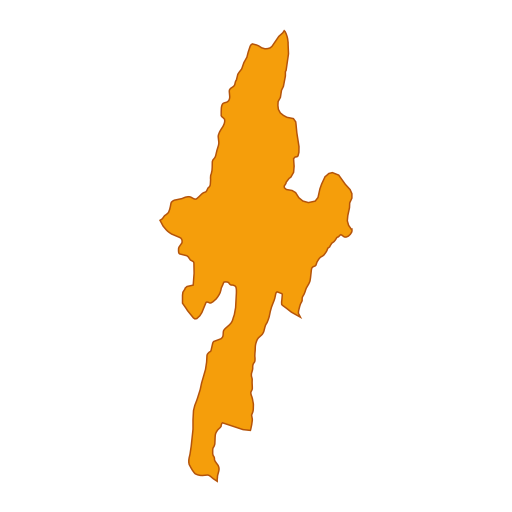 outline of Colomba, Retalhuleu, Guatemala
{"feature_id": "79465075B28232035709765", "entity_name": "Colomba", "entity_type": "district", "adm_level": 2, "iso_a3": "GTM", "parent_name": "Guatemala", "parent_adm1": "Retalhuleu", "projection": "equal_earth", "projection_center": [-91.758, 14.698], "detail": "fine", "context": "isolated", "style": "filled", "palette": "amber", "viewbox_px": 512, "rotation_deg": 0, "n_neighbors": 0, "source": "geoboundaries", "source_scale": "gbopen_adm2", "svg_char_len": 6082}
<svg xmlns="http://www.w3.org/2000/svg" viewBox="0 0 512 512"><path d="M190.4,260.0L192.6,261.2L193.4,261.7L193.9,262.8L194.1,273.3L193.2,285.1L187.0,286.5L185.1,288.2L184.9,289.1L182.9,292.2L182.5,295.2L182.5,303.2L186.3,308.7L187.5,310.6L193.4,317.9L194.9,318.9L196.8,318.6L199.8,315.8L201.9,312.5L206.0,302.5L206.9,302.0L208.3,302.3L209.8,303.0L210.8,303.0L212.9,301.8L216.1,299.0L217.7,296.9L219.1,294.7L220.1,292.7L220.9,290.0L221.3,288.0L222.8,284.7L223.4,283.1L224.0,282.1L225.2,281.9L226.3,281.9L227.9,282.2L228.8,282.8L229.2,283.5L230.0,284.4L231.0,285.0L232.9,285.1L234.8,285.8L235.7,286.7L236.1,287.7L236.4,289.9L236.4,292.9L235.6,307.7L234.3,314.8L233.3,317.7L232.4,320.7L231.3,322.7L229.6,324.7L225.7,328.1L224.6,329.2L223.6,330.6L223.3,331.9L223.1,335.3L222.8,336.5L222.2,337.6L220.9,338.8L213.7,341.5L213.1,342.3L212.7,343.2L211.0,350.7L210.4,351.5L209.3,352.1L208.3,353.1L207.4,354.2L207.0,355.3L206.6,362.2L205.5,369.5L201.6,383.0L200.2,389.6L197.5,398.2L196.7,400.5L194.8,405.4L193.5,410.6L193.0,419.8L193.0,429.3L191.2,446.2L190.0,454.2L189.1,458.0L188.8,460.1L188.8,462.4L189.2,464.5L190.9,467.7L192.5,470.4L194.2,472.7L195.1,473.7L196.1,474.2L197.9,474.9L200.1,475.4L202.3,475.5L207.6,475.0L209.0,475.4L210.4,476.3L213.4,478.8L217.2,481.3L217.2,479.0L217.4,478.0L217.5,475.9L217.7,475.1L218.4,472.5L218.8,470.9L219.0,469.7L219.0,468.2L218.7,466.9L218.1,465.4L217.3,464.3L216.2,462.8L215.1,461.2L214.5,459.8L214.4,458.0L214.1,457.0L213.1,455.4L212.9,454.6L212.7,453.6L212.7,452.1L212.7,449.9L212.9,448.3L213.7,446.9L214.1,446.2L214.4,445.4L214.8,444.0L215.0,440.4L215.1,437.4L215.3,434.9L215.7,433.4L216.3,432.1L216.8,431.3L217.8,429.8L220.1,427.6L221.0,426.5L221.3,424.8L221.8,423.5L222.5,422.8L243.0,429.6L250.4,430.4L250.8,429.0L251.7,424.7L252.3,420.3L252.3,419.2L252.2,418.4L252.0,417.5L251.6,415.2L251.9,414.2L252.7,412.3L253.1,410.8L253.3,408.9L253.4,404.5L253.3,403.5L252.8,401.0L252.5,399.1L252.3,398.3L251.9,396.9L251.3,395.3L250.9,393.8L250.8,392.4L251.2,391.4L252.0,389.8L252.3,388.8L252.3,387.0L252.1,382.8L252.2,379.2L252.0,378.2L251.4,376.0L251.4,374.7L251.4,373.8L252.5,369.9L252.7,368.6L252.7,366.5L252.8,365.6L253.0,364.5L253.8,363.0L254.6,361.9L254.9,360.9L255.0,359.9L255.0,358.1L254.9,357.2L254.8,355.9L254.9,353.5L255.2,350.1L255.3,346.7L255.4,345.7L255.6,344.5L255.9,343.2L256.4,341.7L256.8,340.6L257.3,339.5L257.8,338.7L258.5,337.8L261.7,334.9L262.4,334.1L263.0,333.1L263.5,332.2L263.9,331.1L265.0,326.8L265.7,324.8L266.4,323.7L267.1,322.5L268.3,319.5L269.2,316.7L270.3,311.4L271.0,308.9L271.5,307.1L272.6,304.2L274.1,300.4L274.8,298.2L275.9,293.1L277.1,291.8L281.5,293.5L282.1,293.9L282.3,294.7L281.8,300.3L281.6,301.8L281.6,302.9L281.7,304.4L282.3,305.2L286.5,308.3L291.3,312.1L300.4,317.2L298.5,313.5L298.4,312.2L298.7,310.3L299.8,306.0L300.3,304.5L300.7,303.5L301.7,301.7L302.1,300.7L302.2,298.1L302.4,297.1L303.3,295.5L304.0,294.3L304.4,293.4L305.0,291.9L305.7,289.7L306.3,288.1L307.0,286.9L308.8,283.8L309.7,281.8L310.0,280.9L310.5,277.9L311.4,269.8L311.6,268.8L311.8,268.1L312.7,267.0L314.4,266.2L315.2,265.9L315.9,265.2L317.0,262.0L318.4,259.7L319.4,258.3L320.3,257.4L321.0,256.9L322.1,256.3L323.2,255.6L324.0,254.9L325.4,253.0L325.9,252.3L326.8,250.8L327.4,249.3L327.8,248.2L328.7,247.6L329.7,246.8L330.2,245.7L331.6,243.5L332.3,242.8L333.5,242.0L334.1,241.5L335.4,239.9L336.8,237.6L337.7,237.0L338.4,236.9L340.0,235.2L340.8,234.7L341.6,235.0L343.9,236.7L345.0,237.1L346.4,237.0L347.5,236.5L348.4,236.1L350.3,234.3L350.9,233.4L351.8,231.9L352.0,230.5L351.9,229.0L351.2,229.1L348.6,225.3L347.3,220.8L347.8,215.6L349.5,207.7L349.7,202.9L351.9,198.1L351.9,193.7L350.1,189.6L345.3,184.3L338.7,175.1L332.4,172.6L328.8,173.5L326.2,175.8L325.1,176.6L321.6,184.1L319.9,188.9L318.0,197.5L315.2,201.1L308.4,202.6L302.8,201.0L298.8,197.7L295.6,192.6L292.1,190.5L286.4,189.5L284.4,187.8L284.2,186.1L285.9,183.5L286.1,182.3L289.1,178.4L290.9,177.1L293.6,172.3L294.1,166.3L293.8,162.0L293.6,158.6L295.3,156.9L296.9,156.8L298.0,155.9L298.9,152.3L299.0,146.7L296.8,132.6L296.0,124.1L295.7,121.8L293.4,118.6L286.9,117.3L283.4,115.4L280.3,112.9L278.4,109.4L277.9,105.5L278.1,101.6L280.4,97.4L281.5,90.3L283.4,86.4L285.4,76.0L285.4,71.7L286.1,70.4L288.5,53.8L288.1,44.4L288.1,42.5L287.6,38.7L287.1,36.6L286.2,33.9L285.1,31.6L284.2,30.7L282.8,32.8L278.8,36.4L271.9,46.5L269.9,48.0L267.6,48.6L265.0,48.8L261.7,47.8L258.7,45.9L256.6,45.0L252.4,43.9L251.2,44.6L250.2,46.1L248.2,52.1L246.9,57.2L243.9,62.6L241.7,68.9L239.1,72.3L237.8,74.3L237.2,76.8L236.3,80.3L235.7,81.0L235.4,81.9L234.8,84.4L234.4,85.3L233.9,86.0L233.1,86.7L231.8,87.6L230.7,88.3L230.0,89.1L229.5,89.9L229.3,90.8L229.3,91.7L229.7,96.3L229.7,97.6L229.5,98.7L229.2,99.7L228.6,100.7L227.8,101.5L226.7,102.2L224.5,102.8L223.5,103.2L222.9,103.6L222.3,104.4L221.9,105.4L221.6,106.4L221.4,107.5L221.3,108.9L221.2,111.8L221.2,114.6L221.2,115.7L221.8,116.6L222.4,117.2L223.4,118.0L224.5,119.2L224.7,120.5L224.7,121.4L224.5,122.6L224.1,124.0L223.0,126.4L221.1,129.3L219.6,131.9L218.6,134.4L218.3,135.5L218.2,136.6L218.5,139.5L218.8,141.9L218.8,143.4L218.6,144.7L218.4,145.6L216.9,150.5L215.7,155.6L215.0,157.4L214.0,158.7L212.9,160.0L212.5,161.1L212.3,161.8L212.2,167.5L212.0,170.5L211.7,171.8L211.3,173.7L210.7,175.3L210.6,176.4L210.5,178.1L210.6,179.6L210.4,183.2L210.2,185.2L209.8,186.1L209.1,187.1L208.3,187.7L207.8,188.4L207.4,189.3L206.7,190.7L206.1,191.6L205.5,192.0L203.8,192.6L202.7,193.2L201.6,194.1L199.1,196.6L197.3,198.2L196.4,198.9L195.8,199.1L195.0,199.1L194.3,198.9L193.5,198.6L190.8,197.1L189.7,196.8L188.6,196.7L187.5,196.8L185.3,197.2L181.9,198.6L176.2,199.8L174.3,200.2L172.8,201.0L171.4,202.2L171.0,203.2L170.7,204.7L170.4,206.4L169.7,209.3L168.6,212.2L168.0,213.0L167.2,213.7L166.2,214.6L165.1,215.3L164.4,215.9L163.4,217.3L162.6,218.4L161.8,219.2L160.0,220.3L163.1,226.1L166.1,229.7L167.6,231.2L169.4,232.6L171.5,234.0L179.3,237.3L180.7,238.0L181.7,239.3L182.0,240.3L182.1,241.4L182.0,242.7L181.1,244.1L179.2,246.8L178.6,248.2L178.5,250.1L178.6,252.1L179.0,253.3L179.6,253.9L186.7,255.7L188.1,256.7L190.4,260.0Z" fill="#f59e0b" stroke="#b45309" stroke-width="1.5"/></svg>